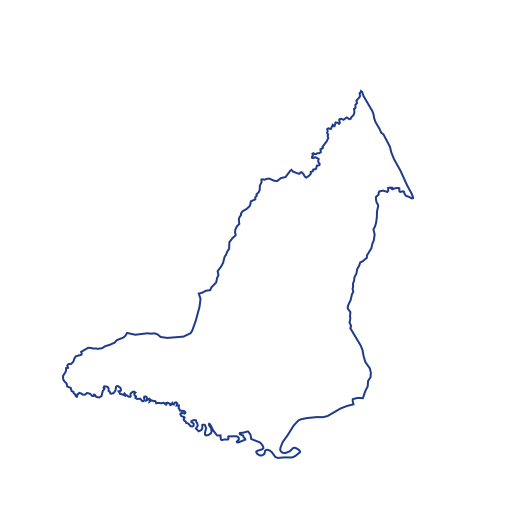 outline of Dondo, Sofala, Mozambique, rotated 288°
{"feature_id": "85939544B17350721147016", "entity_name": "Dondo", "entity_type": "district", "adm_level": 2, "iso_a3": "MOZ", "parent_name": "Mozambique", "parent_adm1": "Sofala", "projection": "robinson", "projection_center": [34.673, -19.439], "detail": "fine", "context": "isolated", "style": "outline", "palette": "blue", "viewbox_px": 512, "rotation_deg": 288, "n_neighbors": 0, "source": "geoboundaries", "source_scale": "gbopen_adm2", "svg_char_len": 5928}
<svg xmlns="http://www.w3.org/2000/svg" viewBox="0 0 512 512"><g transform="rotate(288 256 256)"><path d="M145.0,394.5L148.1,392.7L149.8,392.3L152.5,396.6L153.8,401.6L161.2,401.7L166.6,402.5L171.8,401.2L176.2,402.4L180.5,401.3L184.3,399.0L189.0,392.7L194.5,389.0L199.4,386.4L203.2,383.2L216.5,368.0L218.8,368.1L221.5,365.6L225.8,365.0L227.5,364.1L231.8,363.1L233.9,360.1L235.2,359.1L238.1,358.9L243.3,359.6L249.4,359.1L252.1,359.6L254.6,358.0L256.5,357.9L259.7,356.8L262.9,356.9L266.3,356.2L270.0,356.9L275.2,356.3L278.2,357.1L282.2,357.1L283.7,358.9L288.6,362.0L290.7,361.3L298.8,363.3L303.7,362.9L307.4,363.2L313.1,362.2L317.7,359.4L320.3,360.0L324.1,360.0L330.1,359.0L335.7,357.3L341.1,356.8L342.7,356.0L343.7,354.6L345.7,353.2L348.3,352.0L349.4,351.9L352.3,353.6L354.1,353.1L355.6,353.4L357.5,356.8L357.5,361.1L358.8,361.6L361.5,360.6L362.5,362.4L362.9,364.1L362.0,363.9L361.6,365.2L363.2,367.0L364.6,370.0L364.7,371.3L361.9,372.4L361.5,373.4L362.9,375.8L363.0,376.7L360.9,378.2L359.5,380.1L359.5,383.4L358.9,386.4L359.5,387.4L360.2,387.3L363.1,385.0L370.3,377.5L381.7,367.1L390.8,357.3L396.4,352.6L401.2,349.7L411.0,339.7L412.0,336.9L414.4,334.9L420.4,328.2L423.7,325.7L427.1,324.0L429.9,321.7L441.4,308.8L444.9,306.1L445.3,304.9L444.2,305.0L442.9,304.2L440.6,305.4L439.5,305.5L434.7,303.5L432.7,304.8L430.4,303.8L428.2,304.7L427.2,304.7L426.2,303.8L423.2,305.2L421.7,305.3L419.8,305.1L417.6,303.8L415.9,303.7L415.0,302.5L415.8,299.5L412.6,297.1L412.8,294.6L412.2,293.4L411.4,293.0L408.5,294.6L407.4,294.2L407.9,292.4L407.6,290.4L403.9,290.6L403.5,290.3L404.4,288.4L399.9,288.0L399.8,285.3L398.6,284.5L397.1,285.5L394.8,285.7L393.7,287.2L392.2,287.0L390.6,288.3L387.0,287.8L380.3,285.5L379.6,286.2L379.0,286.1L377.4,284.3L374.8,285.6L373.4,284.5L372.7,282.6L371.4,281.6L371.1,280.2L371.5,278.9L370.8,278.1L368.9,279.1L367.7,278.6L366.7,279.0L366.8,280.2L368.3,281.8L367.7,285.6L365.3,285.8L364.1,286.7L363.6,287.8L362.3,288.3L361.7,287.9L360.7,285.9L357.6,286.2L356.7,285.6L356.5,284.5L355.8,283.7L354.1,283.8L352.9,282.1L351.1,282.7L348.5,281.5L346.1,279.6L346.6,277.9L348.7,275.7L349.8,273.5L349.2,272.4L347.7,272.0L347.4,270.9L347.7,265.1L348.9,263.1L347.8,262.3L340.2,259.7L337.8,255.6L333.7,252.9L333.2,249.7L333.7,244.8L332.9,242.6L331.2,240.7L331.0,238.7L330.4,237.5L327.9,238.5L324.2,237.9L320.2,239.1L317.4,238.8L314.8,237.4L313.4,238.1L311.7,237.2L309.6,237.8L306.4,234.2L303.1,234.7L301.1,234.4L297.4,232.2L294.4,229.4L291.7,228.6L290.1,229.1L287.9,228.3L285.3,228.4L281.3,230.2L278.4,228.7L274.8,228.2L271.9,228.8L269.8,230.2L268.8,230.0L266.0,228.2L260.8,226.4L254.5,228.2L251.2,227.3L247.7,227.1L245.9,226.4L239.1,226.8L234.9,226.0L229.7,224.2L226.2,226.2L223.1,225.8L218.5,226.3L212.5,223.3L209.4,223.0L207.4,219.0L204.5,216.2L202.6,213.2L198.0,216.5L190.1,218.0L175.9,218.7L165.3,218.4L162.3,217.6L156.9,211.9L150.7,197.0L149.5,190.3L151.0,186.8L151.1,183.5L149.6,179.9L148.9,176.5L143.8,165.5L143.0,157.2L139.6,156.4L137.5,155.1L132.8,149.5L130.0,148.4L126.2,144.2L123.6,140.4L120.8,138.2L118.8,134.2L118.6,132.2L117.5,129.4L117.7,128.1L116.9,124.8L110.8,119.3L109.4,120.4L108.1,120.4L104.9,115.6L102.1,114.9L99.3,115.0L96.9,113.9L96.2,113.4L95.3,111.2L94.4,110.6L93.4,110.4L91.6,111.8L90.6,110.0L88.9,110.7L86.9,110.7L82.1,109.5L78.9,110.9L77.4,112.8L76.3,115.2L73.6,116.8L73.3,120.5L70.5,122.4L70.4,124.3L69.3,124.9L68.5,126.8L67.3,127.6L66.7,128.8L66.8,129.2L69.3,128.9L69.7,129.6L71.2,130.1L71.3,131.8L70.6,134.3L71.4,136.3L73.5,137.6L73.7,140.7L72.2,143.8L73.0,145.3L74.1,144.8L74.3,145.3L72.6,147.8L73.0,150.6L75.0,152.3L80.3,152.0L82.7,152.9L83.0,152.9L83.6,151.7L85.2,152.0L85.7,155.3L84.3,156.9L82.2,157.4L81.7,158.8L80.3,160.0L80.3,161.0L81.6,162.9L82.7,163.3L85.0,163.9L88.4,163.3L89.5,164.2L89.5,165.4L88.7,167.9L86.8,169.0L85.9,168.9L84.8,167.2L84.0,168.5L82.9,169.1L83.0,172.4L83.3,173.0L84.6,173.3L84.2,174.0L82.8,174.0L82.7,174.9L83.3,175.0L83.6,176.0L82.9,178.1L83.1,179.8L83.7,180.2L85.8,179.3L86.6,179.4L88.5,180.5L89.3,181.8L88.9,183.5L87.3,182.8L85.8,183.7L85.4,185.3L83.7,185.2L83.3,187.0L84.5,190.1L82.8,192.7L83.1,193.7L84.7,194.5L86.8,193.2L87.7,193.3L88.2,194.0L88.2,195.1L87.7,195.9L86.1,196.7L85.0,196.6L87.3,198.9L86.8,199.6L84.6,199.8L86.5,201.3L86.3,203.1L86.8,204.8L86.7,205.4L85.1,206.6L86.1,208.5L86.7,211.5L87.9,213.5L86.8,216.3L87.0,216.7L88.5,216.1L89.1,216.9L88.9,219.7L87.8,220.4L87.8,221.0L90.4,221.8L89.3,223.1L89.5,223.9L91.4,224.1L92.2,225.3L91.3,226.8L89.2,226.7L90.0,228.9L87.3,229.5L86.6,230.6L85.5,231.3L86.3,235.4L85.8,236.9L85.1,237.3L84.0,236.8L83.9,233.8L82.9,232.9L82.1,233.0L80.7,234.5L80.5,237.8L79.9,238.1L78.6,237.6L78.0,237.8L77.1,238.9L76.8,240.4L75.7,241.1L75.7,243.5L73.9,246.3L74.2,248.2L75.2,249.1L77.0,248.7L77.8,247.4L77.9,246.0L78.9,245.6L79.6,246.0L81.0,248.1L81.1,249.8L79.5,250.6L79.0,251.6L77.1,252.8L75.8,252.9L73.4,252.1L71.6,255.7L73.6,257.8L75.3,258.2L78.8,257.2L79.5,258.5L79.4,259.8L76.8,261.8L72.5,262.0L70.4,262.7L69.9,263.5L70.6,265.5L71.6,266.5L73.4,267.9L75.2,268.0L78.2,266.6L80.8,263.4L81.9,263.3L81.8,264.1L80.0,266.2L77.0,269.0L73.6,274.0L73.4,275.0L74.4,277.7L70.9,279.1L70.3,280.1L71.9,283.0L72.7,285.9L73.6,286.3L75.6,285.4L76.0,285.7L78.5,293.0L78.5,294.4L77.7,295.8L76.0,296.4L73.5,295.1L72.9,295.8L73.3,296.9L78.1,302.6L79.0,301.9L79.8,300.3L81.3,299.2L81.4,295.9L82.1,295.3L82.7,295.4L84.2,298.8L86.4,302.0L86.6,302.9L84.3,306.0L80.5,308.0L79.9,317.5L78.4,320.1L76.8,321.8L75.6,322.4L74.2,321.8L71.4,317.8L70.1,316.7L69.3,317.0L68.1,318.6L67.5,321.3L68.3,323.5L70.3,325.1L73.7,324.9L74.7,325.5L75.3,327.0L75.2,329.3L74.3,331.7L70.8,336.5L70.7,339.2L73.1,344.8L75.5,352.5L77.8,355.1L82.9,358.4L83.9,358.2L84.7,357.0L85.6,353.8L85.6,352.1L85.0,350.8L80.6,348.4L77.5,344.6L77.1,341.9L78.0,339.8L79.4,338.8L81.6,338.5L87.4,338.9L94.8,341.3L106.6,344.3L112.6,347.1L114.3,348.8L117.5,354.3L121.6,363.6L123.4,369.5L125.9,373.5L137.2,383.6L141.5,388.9L145.0,394.5Z" fill="none" stroke="#1e3a8a" stroke-width="2"/></g></svg>